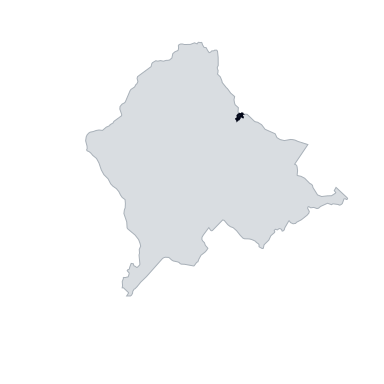 Walungu, Sud-Kivu, Democratic Republic of the Congo (highlighted), rotated 313°
{"feature_id": "63176286B8564391110970", "entity_name": "Walungu", "entity_type": "district", "adm_level": 2, "iso_a3": "COD", "parent_name": "Democratic Republic of the Congo", "parent_adm1": "Sud-Kivu", "projection": "albers", "projection_center": [28.724, -2.771], "detail": "fine", "context": "in_parent", "style": "filled", "palette": "ink", "viewbox_px": 384, "rotation_deg": 313, "n_neighbors": 0, "source": "geoboundaries", "source_scale": "gbopen_adm2", "svg_char_len": 5446}
<svg xmlns="http://www.w3.org/2000/svg" viewBox="0 0 384 384"><g transform="rotate(313 192 192)"><path d="M305.7,244.4L282.3,248.1L282.8,249.4L282.6,250.8L281.9,251.9L279.6,254.7L276.0,257.4L276.0,258.0L277.8,261.0L278.9,265.0L278.6,272.2L279.1,274.1L279.0,275.6L277.8,277.3L275.5,285.8L277.1,289.9L281.7,293.8L284.4,296.6L288.9,297.7L289.7,297.5L290.0,295.1L293.6,294.2L293.6,309.4L293.3,310.3L292.6,310.5L291.8,310.0L291.5,308.5L290.5,307.9L286.1,309.8L285.0,309.7L283.8,309.4L282.8,308.6L282.6,307.5L279.5,303.1L277.9,302.7L276.2,298.8L269.2,295.9L266.5,295.6L265.1,294.7L263.8,291.6L261.4,289.6L260.9,287.3L260.4,287.0L259.0,287.5L257.8,291.0L256.2,291.9L253.4,292.0L246.2,290.9L241.1,289.1L239.7,289.2L237.7,287.6L236.8,284.9L237.3,282.8L236.9,282.5L229.1,284.3L227.2,285.3L225.4,285.1L224.9,284.5L225.7,283.0L225.3,281.5L224.7,280.7L222.4,280.2L221.7,278.5L220.2,278.3L219.8,278.5L219.4,279.7L218.6,280.0L213.9,279.5L209.1,281.0L202.6,280.7L199.5,282.5L199.0,282.4L198.4,281.5L197.7,278.6L198.1,277.8L199.0,277.3L199.4,276.1L199.0,273.1L199.3,272.4L198.9,270.7L197.9,267.9L196.6,265.7L193.6,262.3L193.0,260.7L193.2,257.0L194.1,251.0L194.0,246.5L192.8,243.6L192.5,240.5L193.2,234.9L192.5,233.5L177.7,233.2L177.0,232.8L176.7,232.0L177.4,228.6L168.4,229.6L165.7,230.2L164.0,231.6L163.5,233.3L163.4,235.7L162.1,238.1L161.7,242.0L159.2,242.5L156.7,242.5L151.9,241.7L147.3,242.9L145.0,243.9L143.7,243.4L139.5,243.9L139.0,243.6L134.1,235.9L131.9,233.3L131.5,232.0L131.7,230.8L131.1,229.2L128.8,225.3L128.4,223.4L128.4,220.5L128.2,219.5L126.1,217.0L124.8,216.2L123.3,215.8L99.1,216.4L91.1,216.0L85.2,216.4L82.3,216.3L81.4,215.9L78.8,216.5L77.4,217.6L75.3,218.1L74.0,217.9L71.4,215.1L74.9,214.5L75.1,214.2L75.2,207.3L74.3,206.3L76.1,205.1L79.0,202.0L81.9,200.9L82.3,200.3L82.9,200.3L84.0,201.6L86.5,203.2L89.5,201.7L89.9,201.3L90.2,198.3L91.0,198.0L92.3,198.6L93.1,198.6L94.4,197.8L98.3,196.2L99.5,198.1L98.4,199.8L98.9,201.1L99.1,203.0L99.7,203.4L102.8,203.5L103.7,203.1L109.8,196.2L111.4,195.4L114.0,192.6L117.4,191.4L118.9,189.2L120.8,185.4L121.7,179.8L121.2,170.3L121.5,169.0L125.6,164.7L129.8,156.9L132.7,154.8L134.9,153.9L138.2,151.1L140.8,148.2L140.4,144.7L141.0,141.9L142.4,138.2L142.9,134.4L142.3,130.3L142.5,127.0L144.4,121.7L144.6,115.7L146.3,110.6L149.8,104.1L151.4,99.3L151.1,94.6L151.5,91.1L151.3,89.1L150.6,87.3L150.9,86.2L152.3,85.7L154.0,83.9L156.9,79.3L160.2,77.0L162.4,76.3L164.8,76.3L166.3,76.7L168.8,78.5L171.7,80.0L173.9,81.7L176.0,84.5L181.1,85.1L183.2,86.1L184.6,86.5L185.0,86.2L186.1,86.4L188.5,87.2L190.4,86.7L199.8,88.5L200.8,87.6L203.4,82.7L205.4,81.1L208.6,80.9L211.1,81.8L212.4,81.8L223.9,77.6L225.4,77.4L229.6,78.4L232.3,77.7L233.4,77.9L235.8,77.2L237.7,74.3L239.3,73.5L255.8,76.6L258.4,75.1L259.6,74.9L263.3,76.0L264.4,77.8L266.6,79.3L268.2,81.9L270.6,83.3L271.9,84.6L273.3,85.6L276.3,85.9L280.1,83.6L282.9,83.9L285.6,85.1L286.5,85.1L288.5,83.7L289.6,82.3L290.7,82.0L292.3,82.6L293.6,83.9L294.7,85.9L298.9,90.2L302.8,92.1L303.8,94.7L305.3,94.5L306.0,94.7L307.1,96.4L307.8,96.8L307.9,97.5L306.9,99.1L306.0,102.1L307.2,104.0L306.2,106.7L305.6,109.5L306.9,110.2L308.6,110.2L310.1,111.6L311.3,111.9L312.6,113.4L312.3,114.7L308.3,119.3L302.4,124.9L300.4,125.5L299.4,126.6L298.7,128.2L296.9,129.6L295.6,130.2L295.5,134.2L293.5,138.4L292.7,139.3L291.7,146.1L291.8,147.3L290.7,152.9L290.9,158.1L288.1,159.8L286.1,162.4L285.2,164.1L285.3,168.4L282.0,171.0L281.8,171.6L282.6,174.6L283.8,175.0L283.8,176.1L286.4,179.3L286.3,189.2L286.4,190.1L287.8,192.5L288.7,197.0L287.7,202.7L291.3,213.1L289.7,217.0L290.4,220.6L292.6,224.5L297.6,228.2L298.9,229.8L300.2,231.9L301.3,235.1L305.7,244.4Z" fill="#d9dde1" stroke="#a8b0b8" stroke-width="1"/><path d="M275.5,174.2L275.5,174.3L275.7,174.5L275.4,174.8L275.2,174.9L275.3,175.4L275.2,175.6L275.0,176.0L275.0,176.3L274.9,176.4L275.0,176.4L275.2,176.5L275.3,176.4L275.3,176.5L275.5,176.5L275.5,176.4L275.7,176.2L275.8,176.0L275.8,175.9L275.9,176.0L275.9,175.9L276.0,175.9L276.3,175.9L276.4,176.0L276.5,176.0L276.4,176.0L276.5,176.1L276.6,176.3L276.7,176.2L276.8,176.2L277.0,176.1L277.0,176.3L277.3,176.4L277.3,176.5L277.5,176.6L277.6,176.4L277.8,176.3L277.8,176.5L277.9,176.4L278.0,176.5L278.1,176.8L278.3,176.8L278.4,176.7L278.5,176.7L278.8,176.6L278.9,176.4L278.9,176.5L279.0,176.6L279.3,176.5L279.2,176.5L279.2,176.4L279.3,176.3L279.3,176.2L279.5,176.1L279.5,175.9L279.7,176.0L279.8,176.1L280.0,176.1L279.9,176.2L280.1,176.1L280.4,176.0L280.5,176.1L280.6,176.3L280.7,176.5L280.7,176.8L281.0,177.0L281.0,177.8L281.2,178.1L281.2,178.3L281.2,178.6L281.3,178.6L281.6,178.2L281.8,177.9L281.8,177.7L281.8,177.3L281.8,177.1L281.9,176.9L282.0,176.7L282.0,176.3L282.1,176.1L281.9,175.7L282.0,175.7L282.3,175.5L282.4,175.4L282.5,175.4L282.8,175.3L283.0,175.4L283.2,175.5L283.3,175.5L283.3,175.4L283.3,175.5L283.4,175.4L283.4,175.5L283.5,175.5L283.7,175.8L283.7,175.7L283.8,175.7L284.0,175.5L284.1,175.4L284.0,175.2L283.9,175.1L283.7,174.8L283.4,174.7L283.2,174.8L283.1,174.7L282.9,174.7L282.7,174.6L282.5,174.4L282.4,174.3L282.3,174.2L282.2,174.1L281.9,174.0L281.9,173.9L281.7,173.6L281.6,173.3L281.4,173.2L281.2,173.1L280.9,173.1L280.7,173.0L280.5,172.9L280.4,172.8L279.9,172.9L279.7,172.9L279.2,172.9L278.7,172.9L278.6,173.0L278.4,173.3L278.3,173.5L278.0,173.9L277.8,174.1L277.4,174.2L277.4,174.3L277.1,174.4L277.0,174.5L276.8,174.7L276.8,174.8L276.6,174.8L276.3,174.8L276.2,174.7L275.8,174.5L275.7,174.4L275.6,174.2L275.5,174.2Z" fill="#0f172a" stroke="#020617" stroke-width="1.5"/></g></svg>